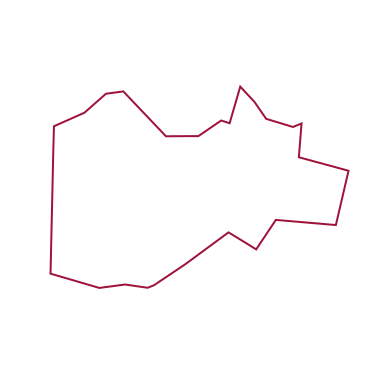 Portsmouth, Virginia, United States of America, rotated 102°
{"feature_id": "52423323B65063199058226", "entity_name": "Portsmouth", "entity_type": "district", "adm_level": 2, "iso_a3": "USA", "parent_name": "United States of America", "parent_adm1": "Virginia", "projection": "mercator", "projection_center": [-76.365, 36.855], "detail": "fine", "context": "isolated", "style": "outline", "palette": "rose", "viewbox_px": 384, "rotation_deg": 102, "n_neighbors": 0, "source": "geoboundaries", "source_scale": "gbopen_adm2", "svg_char_len": 495}
<svg xmlns="http://www.w3.org/2000/svg" viewBox="0 0 384 384"><g transform="rotate(102 192 192)"><path d="M78.9,166.7L116.9,169.5L116.0,178.3L136.0,197.4L142.9,229.1L107.9,280.1L113.8,296.6L136.8,313.7L156.4,340.7L177.0,336.9L301.3,313.4L305.1,262.7L296.4,238.2L294.9,215.5L291.2,209.9L264.2,183.7L223.9,147.9L229.4,132.3L234.8,117.3L201.9,104.2L194.4,44.4L138.7,43.3L135.8,94.7L102.2,99.1L107.4,106.8L105.0,134.7L90.9,149.6L78.9,166.7Z" fill="none" stroke="#9f1239" stroke-width="2"/></g></svg>